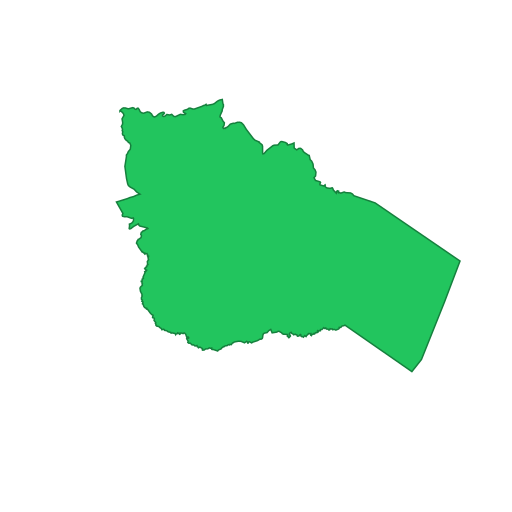 Zomba, Zomba, Malawi (Albers equal-area conic projection), rotated 35°
{"feature_id": "42251766B13881881574545", "entity_name": "Zomba", "entity_type": "district", "adm_level": 2, "iso_a3": "MWI", "parent_name": "Malawi", "parent_adm1": "Zomba", "projection": "albers", "projection_center": [35.302, -15.438], "detail": "fine", "context": "isolated", "style": "filled", "palette": "green", "viewbox_px": 512, "rotation_deg": 35, "n_neighbors": 0, "source": "geoboundaries", "source_scale": "gbopen_adm2", "svg_char_len": 6108}
<svg xmlns="http://www.w3.org/2000/svg" viewBox="0 0 512 512"><g transform="rotate(35 256 256)"><path d="M84.3,200.3L82.0,203.6L80.0,204.3L78.3,204.2L76.4,203.1L74.7,202.5L74.0,203.0L73.7,204.7L73.4,204.9L72.9,205.1L71.2,204.8L69.9,205.2L67.0,208.7L64.0,209.7L62.5,210.7L61.8,211.8L61.1,214.8L61.5,215.4L61.6,214.9L63.4,214.9L65.7,215.4L67.2,216.5L67.6,220.5L70.2,223.1L71.1,224.6L71.4,227.2L72.6,227.7L74.0,228.8L74.5,230.1L75.6,230.6L76.3,232.3L76.9,232.9L77.7,233.3L79.2,233.1L80.3,234.5L81.5,235.2L83.6,235.7L84.9,235.5L86.4,236.2L87.8,235.8L90.0,237.2L91.8,240.7L91.5,243.7L92.0,245.9L91.9,247.6L92.9,249.0L97.2,257.8L105.4,266.7L109.5,270.5L111.1,271.5L113.4,271.7L117.8,271.2L121.4,272.0L125.5,271.9L123.3,274.7L121.6,277.6L119.2,280.4L117.7,282.8L110.7,291.8L122.6,297.5L122.9,299.2L123.9,300.0L125.9,299.2L127.8,297.8L132.5,296.5L133.7,295.2L134.2,295.5L135.6,297.9L135.3,300.5L134.0,302.5L135.1,303.8L136.4,306.3L136.8,306.4L137.7,305.5L138.9,301.7L141.2,297.1L142.6,298.0L143.6,298.1L150.9,295.3L151.7,295.5L150.6,297.3L149.9,299.4L149.0,300.3L149.0,301.2L148.5,302.4L149.2,304.4L150.5,305.0L151.3,306.9L150.4,309.4L149.9,310.1L150.2,310.7L150.0,312.1L150.3,312.4L150.5,313.6L151.0,314.3L152.2,314.4L154.7,316.0L160.4,318.0L160.5,317.6L162.1,317.9L163.2,317.4L163.6,317.7L163.5,318.1L163.9,318.2L164.0,317.3L164.8,317.2L165.3,316.5L166.7,317.3L166.9,318.0L168.0,317.8L167.8,318.6L168.1,318.9L168.5,318.8L169.4,320.3L170.2,320.7L170.1,322.8L171.7,324.7L172.3,325.0L172.0,325.3L172.1,326.1L172.5,326.8L172.1,327.4L172.6,327.9L171.9,329.9L173.1,330.2L173.0,330.6L173.4,330.8L174.6,330.4L174.5,332.1L173.9,332.7L174.6,333.2L175.6,338.2L176.5,338.7L176.6,339.1L176.0,340.2L177.2,342.1L176.5,342.5L176.7,342.8L177.5,342.5L178.2,343.6L178.9,343.9L178.8,344.3L179.7,345.2L179.2,347.7L179.4,348.9L181.6,351.2L184.6,352.8L185.3,353.9L185.7,354.0L186.1,356.0L187.2,357.3L188.1,357.2L188.6,358.6L189.4,358.3L190.4,359.5L190.4,360.3L191.2,360.3L193.2,361.7L194.5,362.1L195.3,361.8L196.1,362.1L196.5,361.6L197.0,362.2L197.8,361.9L202.5,363.5L204.6,363.8L205.4,363.5L205.8,363.7L206.4,365.6L206.8,365.8L208.0,365.3L208.7,365.6L209.5,367.3L212.0,367.9L212.1,368.8L213.3,369.3L213.5,370.0L214.7,370.4L217.0,369.5L218.3,369.8L220.0,369.7L221.2,370.4L222.2,369.0L223.1,368.9L223.7,369.4L225.7,368.4L227.5,368.5L229.9,367.5L230.6,367.9L231.8,366.9L234.2,365.9L235.3,366.5L235.2,365.7L236.1,364.7L235.8,363.9L236.6,363.7L238.3,364.0L238.7,363.2L238.1,362.6L239.5,361.7L240.8,361.4L241.0,360.6L241.6,360.1L243.3,360.4L245.9,362.3L246.7,361.3L247.5,361.3L247.9,362.0L246.6,363.0L246.6,363.5L249.3,364.7L249.7,365.9L250.9,366.0L252.2,365.1L254.7,365.5L255.6,364.6L257.7,364.7L259.0,363.2L259.9,364.0L260.8,363.8L261.5,364.2L262.3,362.8L265.3,362.6L265.8,363.7L266.2,363.8L267.5,362.7L268.0,361.0L269.8,359.7L270.4,358.0L271.6,357.8L272.5,356.8L273.2,357.8L273.6,357.8L274.6,357.1L279.1,355.8L279.1,354.6L280.7,352.1L280.7,350.8L281.4,348.8L281.8,348.8L282.3,347.2L283.7,346.1L284.2,344.5L285.4,344.0L285.4,343.2L286.6,342.8L286.6,340.6L287.2,340.1L287.5,338.9L290.5,335.9L292.7,334.5L296.4,333.7L297.3,331.2L298.1,331.3L299.1,332.1L299.5,331.9L299.3,330.7L299.7,330.0L302.3,329.7L302.7,328.5L305.8,324.4L307.0,321.7L307.8,321.4L308.4,320.2L308.3,319.3L307.1,317.0L306.7,315.8L307.0,314.5L309.0,312.4L309.3,309.7L310.2,307.7L313.3,309.7L316.7,306.4L317.2,305.2L318.0,304.5L321.0,304.2L322.2,304.6L323.4,304.3L326.6,302.3L327.0,302.5L327.6,303.7L328.8,303.7L329.5,304.2L329.9,303.9L330.1,301.8L329.4,301.3L328.6,301.4L328.6,301.0L327.9,300.5L328.0,299.2L328.4,298.5L328.7,298.3L329.3,298.9L331.7,298.7L332.1,298.9L333.0,297.5L333.8,297.6L334.5,297.1L335.9,297.9L336.3,297.7L337.1,296.7L337.1,295.5L337.5,294.7L337.9,294.8L338.6,295.8L339.9,295.8L340.5,295.2L341.4,295.3L341.6,293.2L343.2,293.3L343.1,292.0L343.6,290.3L343.4,289.5L345.4,288.1L345.5,289.0L346.3,289.5L347.0,289.4L346.8,289.0L347.2,287.8L347.8,287.2L347.8,286.4L348.6,286.4L348.8,286.0L348.6,284.7L349.7,284.1L350.4,283.1L349.3,282.4L349.3,281.6L349.7,281.5L350.4,281.9L350.9,280.7L351.6,280.3L351.0,279.3L352.2,278.4L352.6,275.9L353.8,276.0L354.4,274.9L355.5,275.5L357.0,274.6L358.3,274.8L358.7,274.1L358.4,273.0L359.6,272.7L360.1,272.0L360.5,272.0L361.1,272.4L362.2,271.2L363.9,270.9L365.6,268.3L365.6,267.4L365.1,266.8L366.4,265.9L366.7,263.8L368.0,262.7L368.5,261.6L450.0,261.3L450.9,245.9L436.8,185.7L426.0,143.1L323.1,144.2L301.6,150.5L299.5,149.9L297.3,150.1L293.2,152.6L291.5,153.0L289.3,156.0L288.1,156.1L287.4,156.9L286.9,156.8L286.5,155.5L285.2,155.9L285.0,156.9L285.7,158.5L281.5,157.6L280.1,156.6L279.3,156.4L277.9,158.1L275.4,159.4L274.1,159.7L272.3,159.3L272.2,158.4L271.8,158.1L271.3,159.8L267.7,161.0L267.0,160.5L266.7,158.8L265.9,158.5L261.4,160.0L258.6,158.6L258.9,156.3L257.0,152.9L254.8,151.5L252.6,151.0L250.0,148.0L247.3,146.4L245.1,146.0L241.9,143.1L241.2,143.4L236.5,143.5L234.8,143.3L233.3,142.4L230.8,142.2L229.4,143.2L228.5,145.7L225.9,145.7L225.3,145.6L222.3,141.6L221.1,143.6L218.4,146.9L217.6,146.9L217.2,146.1L216.8,146.0L214.8,146.2L211.5,147.4L210.8,148.0L210.5,148.8L210.3,152.5L207.3,154.8L206.5,156.0L204.3,163.2L203.9,167.4L203.1,168.4L202.3,167.8L198.4,162.3L197.2,161.4L193.1,161.1L193.1,160.8L188.9,161.7L186.6,161.4L175.6,157.9L170.5,155.7L167.6,155.2L165.9,155.8L164.1,157.1L162.4,159.6L161.2,160.3L159.3,162.7L158.9,165.7L158.2,167.7L157.8,167.9L157.5,169.2L157.1,169.1L156.2,170.2L155.0,169.6L154.9,167.4L153.7,165.0L151.5,164.4L148.3,162.7L146.8,162.8L146.5,162.5L145.9,160.9L145.1,156.6L144.4,155.5L143.5,152.1L142.4,150.6L141.6,150.3L138.6,147.1L136.7,149.2L135.6,151.3L134.5,155.0L133.6,156.5L129.1,161.1L128.1,160.4L127.4,162.2L126.8,162.6L125.9,164.4L121.1,171.1L120.0,171.8L117.3,172.6L116.3,173.4L115.7,175.2L113.7,177.7L113.2,178.9L114.1,179.8L116.8,179.7L116.8,180.6L115.2,182.1L112.8,183.3L110.1,188.0L108.6,188.8L105.7,188.3L104.3,190.1L101.8,191.2L101.3,193.4L100.6,194.5L99.8,194.9L99.0,194.8L98.6,194.0L99.1,192.3L99.0,191.5L98.1,191.2L97.3,191.6L95.7,193.7L94.8,195.8L94.2,198.6L93.0,200.5L91.0,200.6L89.0,199.6L86.3,199.4L84.3,200.3Z" fill="#22c55e" stroke="#15803d" stroke-width="1.5"/></g></svg>